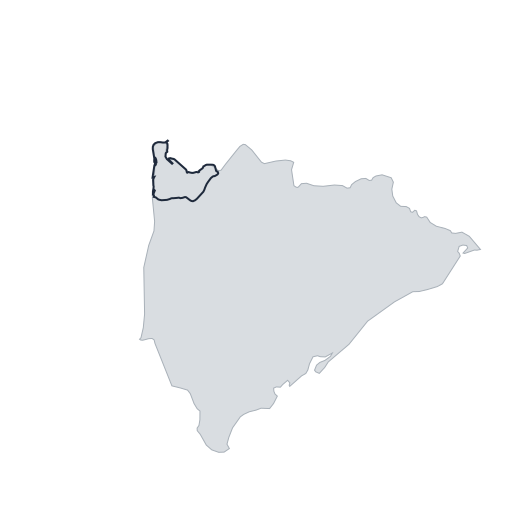 Chinandega on a map of Nicaragua (Natural Earth projection), rotated 46°
{"feature_id": "NIC-663", "entity_name": "Chinandega", "entity_type": "Department", "adm_level": 1, "iso_a3": "NIC", "parent_name": "Nicaragua", "parent_adm1": "", "projection": "natural_earth1", "projection_center": [-87.139, 12.876], "detail": "fine", "context": "in_parent", "style": "outline", "palette": "slate", "viewbox_px": 512, "rotation_deg": 46, "n_neighbors": 0, "source": "natural_earth", "source_scale": "10m", "svg_char_len": 4091}
<svg xmlns="http://www.w3.org/2000/svg" viewBox="0 0 512 512"><g transform="rotate(46 256 256)"><path d="M407.2,90.0L405.4,92.9L403.4,94.8L399.1,104.2L397.7,105.0L397.3,98.1L394.8,97.2L391.8,99.6L390.2,103.2L392.8,107.8L395.1,107.9L397.9,109.1L405.5,141.2L403.9,146.9L399.3,155.8L394.9,163.3L390.6,168.0L385.2,188.2L380.4,221.0L384.1,250.4L382.4,277.6L383.9,284.0L384.4,292.0L380.8,293.5L378.8,293.2L376.6,288.3L376.9,284.0L379.0,278.9L379.9,272.1L378.8,268.5L376.7,276.3L373.0,279.8L370.5,281.0L368.1,285.0L370.7,292.4L374.0,297.9L375.1,301.8L373.9,306.4L373.2,322.3L372.0,321.9L370.8,319.8L367.4,319.6L367.0,326.0L367.3,329.6L364.3,332.3L363.3,335.1L365.7,337.1L368.4,338.2L371.6,338.0L374.3,345.8L375.2,352.2L369.0,358.1L366.9,363.0L363.4,369.0L361.4,374.8L360.8,379.0L363.3,392.2L367.6,401.6L371.2,407.6L376.0,408.9L374.9,415.2L371.3,419.2L364.7,422.5L357.5,423.1L345.6,420.0L340.8,419.6L338.9,417.9L338.3,414.8L334.9,410.2L328.6,404.0L325.0,404.4L319.2,403.1L309.4,398.9L304.9,398.4L298.5,402.0L291.0,406.7L272.9,399.3L260.2,394.1L248.7,389.4L245.7,387.6L243.2,388.0L241.0,390.5L238.6,394.8L237.8,396.1L236.4,397.3L235.0,397.6L234.9,395.5L229.3,386.9L220.4,376.5L186.3,344.7L173.8,325.7L167.1,312.0L160.7,304.9L142.3,290.3L138.1,284.5L119.9,265.0L106.0,253.6L105.8,248.7L111.5,242.6L114.3,242.9L117.3,247.3L122.3,252.2L124.6,252.2L128.0,249.9L128.1,247.6L146.7,246.7L150.1,245.4L153.4,241.8L155.2,236.8L155.4,232.0L156.2,228.5L159.1,225.2L164.6,224.1L168.8,223.8L170.0,221.5L168.8,214.2L166.5,196.3L166.0,191.4L166.8,187.6L168.5,186.3L176.7,185.4L192.3,186.9L195.4,185.8L201.6,175.6L207.4,168.2L211.6,164.9L214.8,163.8L218.6,170.5L231.8,179.9L234.0,179.4L235.3,178.8L235.8,177.5L235.5,173.1L238.8,169.1L245.6,165.6L252.5,159.3L259.4,150.3L265.4,144.9L270.4,143.4L272.3,140.9L271.1,137.6L271.5,132.8L273.5,126.7L276.5,123.1L280.3,122.1L281.8,120.2L281.0,117.3L281.8,114.1L285.2,108.9L293.6,104.4L298.3,105.9L302.3,111.9L307.9,116.0L315.2,118.2L320.8,117.4L324.8,113.6L328.4,112.5L331.6,114.0L333.3,113.1L333.4,110.0L335.1,109.2L338.2,110.9L341.0,111.4L343.4,110.6L344.3,109.0L344.8,107.4L346.6,106.2L352.9,107.4L359.9,105.6L367.7,100.8L372.8,98.6L375.4,99.2L378.4,96.7L381.9,91.3L390.0,88.9L407.2,90.0Z" fill="#d9dde1" stroke="#a8b0b8" stroke-width="1"/><path d="M167.5,225.6L168.1,225.4L168.6,225.0L169.9,225.5L170.3,225.8L170.5,226.5L170.6,227.0L170.5,227.5L170.4,227.9L170.4,228.1L169.8,230.3L169.1,231.1L168.8,231.9L168.6,234.3L169.4,239.0L170.0,241.6L171.5,245.3L172.4,247.0L173.2,249.2L173.8,258.7L173.6,261.1L172.8,263.3L171.6,264.2L171.1,264.4L170.1,264.7L165.3,265.4L164.5,265.9L164.1,266.4L163.1,268.5L161.9,270.2L160.5,270.9L158.9,273.0L157.2,275.1L155.9,276.5L155.6,277.0L155.1,278.5L153.8,281.0L150.3,285.2L149.7,285.6L148.5,286.4L147.4,287.0L144.1,287.4L142.6,288.4L142.5,288.2L141.6,287.4L140.7,287.1L140.1,286.6L138.6,283.3L138.2,283.3L138.9,286.2L137.8,285.1L136.0,282.6L134.7,281.2L133.9,280.8L129.7,277.1L129.2,276.4L128.9,275.6L128.5,274.3L128.3,274.7L127.8,275.4L127.6,275.8L120.2,266.1L119.4,264.0L119.6,264.4L119.9,264.6L120.7,265.1L120.7,264.6L120.4,264.5L119.8,264.0L119.8,263.5L119.7,262.7L118.5,261.7L117.0,260.7L115.7,260.3L115.7,260.8L117.4,262.2L118.4,263.1L118.4,264.0L117.7,263.9L116.7,263.0L115.2,261.4L107.4,256.0L105.8,254.4L104.8,252.4L104.8,250.1L106.0,247.4L107.9,245.5L109.8,244.1L111.3,242.4L111.6,239.4L112.0,239.4L111.8,241.1L111.6,241.5L112.4,241.5L113.3,241.7L114.0,241.9L114.3,242.3L114.7,242.5L116.4,244.2L116.8,244.5L118.0,246.3L118.3,246.6L119.1,247.2L119.4,247.4L119.4,247.9L119.3,249.1L119.4,249.6L121.6,252.1L124.4,252.8L131.3,252.3L131.3,251.7L127.8,251.8L126.1,251.6L125.3,250.9L126.0,249.7L129.2,247.8L129.7,247.5L145.0,246.3L146.0,246.5L147.5,247.5L148.3,247.6L148.7,246.3L150.1,245.5L151.8,244.3L152.6,243.4L154.1,240.6L154.5,240.2L155.5,239.7L155.8,239.3L156.0,238.5L155.8,238.2L155.4,238.0L155.2,237.5L155.8,233.4L155.7,233.2L155.2,232.0L155.0,231.5L155.2,231.3L155.6,229.1L156.1,228.0L156.7,227.3L159.9,224.1L160.8,223.4L161.8,223.1L163.0,223.2L166.8,225.4L167.5,225.6Z" fill="none" stroke="#1e293b" stroke-width="2"/></g></svg>